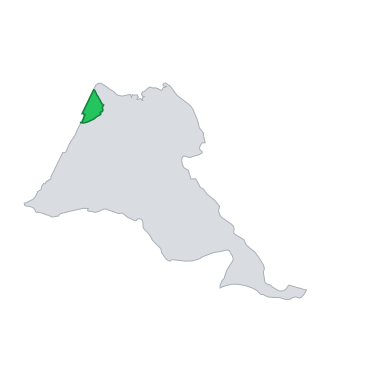 Vallee-du-Ntem, Sud, Cameroon (highlighted), rotated 116°
{"feature_id": "32672807B18543980764744", "entity_name": "Vallee-du-Ntem", "entity_type": "district", "adm_level": 2, "iso_a3": "CMR", "parent_name": "Cameroon", "parent_adm1": "Sud", "projection": "robinson", "projection_center": [11.172, 2.512], "detail": "fine", "context": "in_parent", "style": "filled", "palette": "green", "viewbox_px": 384, "rotation_deg": 116, "n_neighbors": 0, "source": "geoboundaries", "source_scale": "gbopen_adm2", "svg_char_len": 5233}
<svg xmlns="http://www.w3.org/2000/svg" viewBox="0 0 384 384"><g transform="rotate(116 192 192)"><path d="M106.1,259.1L106.8,257.1L111.7,247.8L114.7,232.8L116.1,229.3L117.6,227.0L124.6,219.1L127.3,216.5L131.1,213.6L133.8,207.8L134.7,207.2L135.9,206.7L142.0,201.7L142.6,202.7L143.0,203.9L143.4,204.4L145.4,204.8L148.1,204.8L149.6,204.4L150.5,203.4L151.3,200.7L151.8,200.2L152.4,200.0L155.4,202.0L160.3,207.4L161.5,208.3L162.0,209.4L163.1,214.3L163.7,215.5L164.8,216.0L166.7,215.7L168.6,214.8L170.4,213.6L172.1,212.0L173.2,210.5L173.8,209.4L174.0,205.4L174.4,204.5L180.7,198.7L180.6,198.1L179.5,196.5L178.6,194.7L179.6,192.8L180.5,191.4L184.2,186.6L184.4,183.0L187.4,177.5L189.0,170.3L189.1,168.8L192.9,160.8L197.0,160.1L198.5,159.0L200.3,157.0L201.4,155.1L202.0,153.4L202.4,150.0L203.1,146.1L203.5,142.7L204.7,139.6L206.8,138.0L210.3,136.7L210.8,136.1L211.3,134.0L211.8,127.1L212.4,124.0L215.6,120.5L217.1,115.1L218.3,109.4L222.0,102.6L226.3,95.7L228.3,93.9L230.0,93.1L231.9,93.0L233.3,92.5L237.9,89.1L239.9,87.9L241.3,86.7L241.6,85.7L241.8,84.2L241.3,80.7L242.1,78.1L242.5,74.1L242.7,71.0L242.6,69.9L241.7,68.1L240.3,66.1L238.0,64.9L234.8,64.6L233.1,63.9L232.5,60.3L232.2,58.1L230.0,46.1L234.1,46.2L239.0,47.6L240.2,48.7L240.8,52.8L242.6,55.1L245.7,57.0L247.6,60.9L248.4,66.8L250.1,70.4L250.5,71.0L253.0,77.7L253.1,80.8L252.9,82.9L253.9,85.5L252.4,89.9L252.0,92.6L251.9,96.4L252.8,103.1L254.2,108.3L255.8,112.5L257.5,115.8L260.3,119.4L263.3,122.6L266.0,124.7L263.5,125.9L258.5,126.1L255.7,125.4L254.3,125.3L252.9,125.8L247.6,126.4L242.3,126.1L237.3,125.3L234.3,125.4L232.0,127.4L230.1,130.4L228.3,132.8L228.9,135.4L230.3,136.9L232.8,140.1L235.1,143.2L236.3,145.3L240.9,149.8L245.4,153.9L247.5,155.3L248.2,155.6L250.7,158.0L254.0,161.8L257.1,167.8L261.4,179.9L262.3,180.9L263.8,181.5L264.0,182.8L263.9,184.7L263.4,186.2L260.0,192.5L257.0,194.9L256.1,196.4L255.0,200.0L252.3,207.2L251.1,208.2L248.4,213.0L246.2,219.1L245.6,220.1L244.7,220.8L241.6,222.3L240.5,223.1L238.9,225.0L238.7,226.2L239.4,228.0L240.3,229.4L242.0,229.4L242.9,230.7L242.9,240.1L242.2,241.6L242.2,242.2L241.8,243.8L241.7,245.7L241.9,246.4L242.6,247.0L243.5,248.2L243.9,251.1L245.0,261.4L245.5,263.0L246.4,264.1L249.2,266.3L252.1,269.2L253.0,271.1L253.6,274.2L254.7,276.6L254.7,277.5L254.2,277.8L252.4,278.0L253.0,279.8L254.5,282.8L262.0,292.3L269.1,300.7L270.8,301.4L272.1,301.5L272.6,302.1L273.3,303.3L275.6,306.3L276.1,308.1L275.6,309.8L276.1,312.4L276.5,313.4L276.4,314.2L276.6,317.5L277.3,320.3L278.4,322.7L278.2,324.3L276.9,325.3L276.0,326.8L275.8,329.0L276.2,331.7L277.3,334.8L277.3,336.6L275.6,337.9L273.7,335.7L271.6,334.3L268.4,331.7L265.2,330.8L261.1,330.7L259.3,331.0L256.3,328.9L255.3,328.7L253.9,329.5L253.0,329.6L251.8,329.2L249.5,329.3L249.2,327.8L248.8,327.5L246.3,327.6L245.5,326.4L245.2,326.6L244.2,326.2L242.1,324.5L240.0,325.6L235.5,325.5L213.1,325.4L212.6,323.8L211.5,323.0L209.4,322.9L203.5,323.3L198.9,323.0L195.9,322.4L192.1,322.0L187.4,322.3L182.5,322.3L173.9,321.8L169.2,321.9L169.3,322.9L169.0,323.6L168.7,325.3L138.3,325.3L135.8,324.1L135.0,323.4L134.8,322.0L134.2,321.8L134.7,315.8L135.7,310.8L136.1,306.1L137.6,302.0L136.8,297.9L135.9,296.1L131.3,290.2L133.4,288.0L130.7,288.3L130.1,286.2L128.7,283.6L129.5,283.2L130.3,281.7L132.9,282.2L132.8,281.5L130.6,279.3L130.8,278.2L131.7,277.0L131.3,276.4L129.7,277.7L128.6,277.7L127.7,276.9L127.1,276.7L127.5,278.4L126.6,279.9L125.8,280.4L124.3,280.3L123.2,279.9L122.9,279.1L121.8,278.5L118.7,277.4L116.2,276.1L115.6,272.5L114.6,271.0L114.2,269.3L114.0,267.3L114.3,264.2L113.7,263.8L112.9,263.6L111.8,263.7L110.8,263.6L109.6,261.9L108.5,261.2L109.2,264.3L108.4,265.2L106.6,264.9L105.8,263.8L105.6,262.9L106.5,259.2L106.1,259.1Z" fill="#d9dde1" stroke="#a8b0b8" stroke-width="1"/><path d="M156.6,308.6L155.9,309.1L154.8,309.8L153.6,309.6L152.6,309.5L152.6,309.9L152.1,311.5L151.5,312.7L151.4,312.8L149.5,315.2L148.4,317.1L147.9,317.5L147.6,318.0L147.2,318.6L147.1,318.8L146.2,320.5L144.9,321.8L144.8,322.0L144.4,322.7L143.3,323.9L143.3,324.1L143.1,324.9L143.1,325.2L144.4,325.2L145.2,325.2L145.6,325.1L146.2,325.2L147.2,325.1L147.5,325.1L147.9,325.1L150.1,325.2L150.5,325.2L152.2,325.1L152.9,325.1L153.1,325.2L153.8,325.1L155.7,325.1L158.6,325.1L159.0,325.1L160.5,325.1L161.4,325.1L162.2,325.1L164.2,325.1L165.1,325.1L165.4,324.8L165.6,324.8L165.9,325.0L166.5,325.1L166.9,325.1L168.9,325.1L169.4,325.1L169.2,324.9L169.2,324.7L169.4,324.5L169.4,324.4L169.3,324.2L169.4,323.9L169.2,323.8L169.4,323.6L169.4,323.4L169.5,323.2L169.8,322.9L169.7,322.7L169.8,322.6L169.7,322.3L169.5,322.2L169.8,321.9L170.0,321.9L170.6,322.0L170.9,322.0L171.1,321.9L171.3,321.9L171.4,322.1L171.5,322.1L171.6,321.9L172.0,321.8L172.3,322.0L172.5,322.0L172.6,321.8L172.9,321.8L173.1,321.8L173.3,321.9L173.5,321.9L173.8,321.8L173.9,321.6L174.1,321.7L174.4,321.6L174.6,321.6L174.9,321.8L175.0,321.9L175.5,321.7L175.9,321.7L176.0,321.5L176.3,321.3L176.5,321.4L176.9,321.4L177.0,321.3L177.3,321.6L177.6,321.8L177.8,322.0L178.0,322.0L178.2,322.4L178.3,322.6L178.5,322.5L178.2,321.9L177.8,320.2L176.3,318.1L174.0,315.8L169.3,312.1L165.7,310.5L163.3,308.6L162.1,308.1L161.5,308.3L161.0,309.3L160.2,309.2L159.3,308.0L158.1,307.8L157.3,308.0L157.0,308.5L156.6,308.6Z" fill="#22c55e" stroke="#15803d" stroke-width="1.5"/></g></svg>